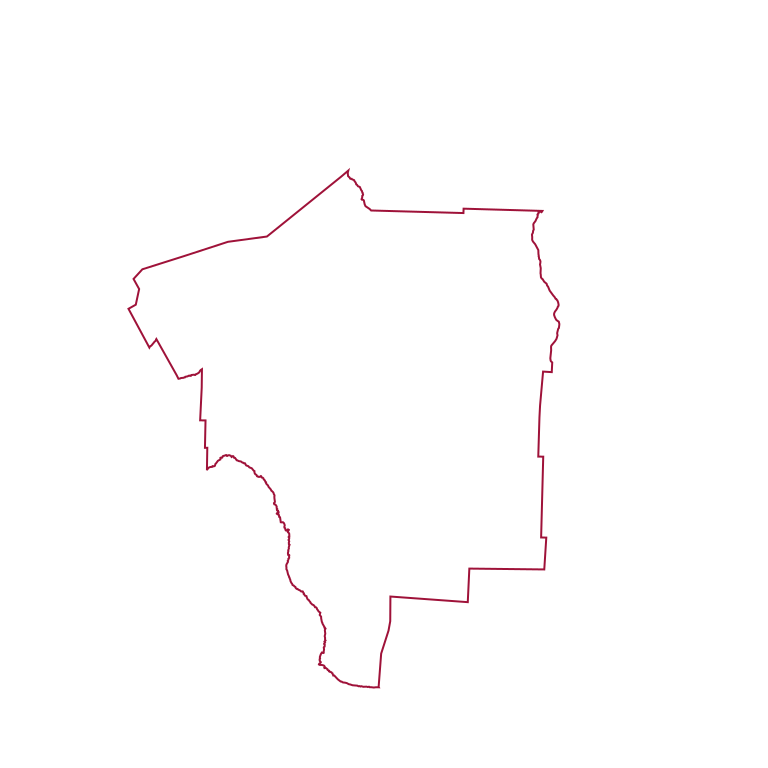 the district of Pergamino, Buenos Aires, Argentina, rotated 229°
{"feature_id": "61730980B1305894445547", "entity_name": "Pergamino", "entity_type": "district", "adm_level": 2, "iso_a3": "ARG", "parent_name": "Argentina", "parent_adm1": "Buenos Aires", "projection": "orthographic", "projection_center": [-60.595, -33.858], "detail": "fine", "context": "isolated", "style": "outline", "palette": "rose", "viewbox_px": 768, "rotation_deg": 229, "n_neighbors": 0, "source": "geoboundaries", "source_scale": "gbopen_adm2", "svg_char_len": 6166}
<svg xmlns="http://www.w3.org/2000/svg" viewBox="0 0 768 768"><g transform="rotate(229 384 384)"><path d="M435.1,193.8L435.6,194.8L435.6,195.6L435.9,196.3L435.8,197.0L435.3,198.5L434.3,199.7L434.2,200.0L434.5,200.3L434.4,200.9L433.5,201.5L433.2,202.7L434.3,204.4L434.3,205.2L435.0,208.3L434.4,211.0L435.6,212.1L435.4,212.7L435.0,212.8L434.7,213.3L434.6,213.7L435.2,214.8L435.2,215.4L434.4,216.9L434.3,217.5L433.9,218.3L433.7,218.4L432.9,218.2L432.6,218.4L432.4,219.6L431.8,220.5L430.3,221.3L428.9,221.1L428.7,222.7L428.2,222.9L426.5,222.5L425.9,223.1L423.1,222.8L422.9,223.1L421.1,223.8L419.4,225.2L417.5,225.6L416.8,226.2L416.0,226.3L415.6,226.9L415.2,227.1L414.1,226.7L412.9,226.6L411.0,227.7L409.4,227.7L407.2,228.9L404.0,228.8L403.3,229.1L401.9,228.0L401.5,227.9L400.4,227.7L399.1,228.1L397.8,227.7L397.4,228.0L397.1,227.9L396.6,228.3L396.2,228.4L395.4,229.3L395.4,230.1L395.3,230.7L395.0,230.8L393.6,230.4L392.8,231.0L392.0,231.1L390.8,230.6L390.3,230.8L389.5,230.8L388.1,230.4L387.3,230.5L387.2,230.1L385.5,229.7L383.6,229.9L382.1,229.4L378.9,229.4L377.2,229.0L376.7,229.2L375.0,229.3L374.1,229.1L373.2,228.6L372.3,228.5L371.4,228.0L371.2,227.6L369.9,226.5L366.7,224.4L366.4,223.9L366.3,222.8L365.9,222.5L365.1,222.3L364.3,222.9L363.2,222.9L361.9,222.6L360.9,221.6L359.9,221.5L359.7,220.9L358.9,220.4L358.4,220.4L357.9,220.9L357.3,220.4L356.6,220.5L356.1,220.1L356.0,219.8L356.6,218.8L356.7,218.4L356.5,218.0L355.4,218.2L355.0,218.8L354.3,218.8L353.1,218.2L352.6,217.7L351.6,218.1L347.4,215.4L346.5,216.2L346.2,216.8L345.8,217.1L344.5,217.2L343.1,216.7L342.2,216.1L341.8,215.3L340.9,214.6L340.0,214.8L338.9,214.1L338.0,213.8L337.6,214.0L337.3,214.6L337.4,215.9L337.2,216.2L336.4,216.5L336.1,216.1L335.8,214.5L335.3,214.3L333.5,214.4L332.6,213.8L331.0,212.5L330.9,212.1L331.2,211.8L331.1,211.6L330.6,211.5L330.5,211.9L329.6,211.1L328.9,210.1L328.9,209.6L327.5,209.3L326.5,207.8L325.5,207.4L325.2,206.9L324.7,206.8L324.5,207.0L324.3,206.7L323.3,205.0L322.4,204.5L321.5,202.9L321.0,202.3L320.7,202.3L319.4,200.5L318.5,200.0L318.1,199.6L317.4,200.2L316.9,200.2L316.6,199.6L315.0,198.4L314.9,198.0L314.9,197.3L314.5,197.1L314.1,196.5L313.7,195.3L312.8,194.9L311.8,192.0L310.8,190.8L309.9,190.3L308.2,188.8L306.9,188.6L303.3,186.7L300.9,186.0L300.6,185.7L300.0,185.7L298.8,185.1L298.1,185.0L296.5,184.1L294.6,183.6L293.5,183.6L292.3,183.1L291.2,183.6L289.7,183.7L289.0,184.0L288.2,183.6L287.0,183.6L286.3,183.9L286.1,184.3L285.0,184.4L283.3,185.2L281.7,185.4L281.0,186.4L280.6,186.6L280.2,186.3L278.6,186.2L278.5,185.8L278.2,185.6L277.3,185.7L276.1,185.5L274.8,186.3L273.6,185.7L271.6,185.1L270.0,185.5L269.4,185.3L267.7,185.3L267.2,185.0L264.5,185.2L263.4,185.8L261.8,185.8L260.8,185.5L260.2,186.1L259.4,186.2L258.9,186.2L257.8,185.7L256.3,185.7L255.4,185.4L253.2,185.9L251.9,184.0L249.7,183.9L248.3,182.8L245.2,181.0L244.4,180.9L243.6,180.4L240.6,179.8L239.5,179.4L239.1,179.6L238.8,179.4L238.8,179.1L238.4,179.0L238.1,179.4L237.8,179.4L237.1,177.9L234.1,175.9L232.6,173.8L231.2,173.1L229.7,171.8L228.8,171.6L228.8,170.4L228.7,170.1L227.7,170.1L227.4,169.4L227.4,168.6L227.0,168.2L226.2,168.3L224.8,166.9L224.9,166.3L224.7,165.7L223.0,164.6L221.6,162.9L220.7,162.2L220.8,161.7L221.2,161.4L221.6,161.4L222.1,161.0L221.6,159.2L220.0,156.4L218.8,155.7L218.7,155.1L218.4,154.7L217.8,154.5L217.5,154.0L217.0,153.8L215.8,153.9L215.5,153.8L215.3,153.0L215.4,151.6L215.0,150.9L214.0,151.3L212.8,152.7L211.2,153.8L210.5,154.0L209.5,153.8L209.2,152.9L208.6,152.7L207.8,153.8L205.8,154.2L205.4,153.9L205.0,153.9L203.6,154.5L203.2,154.0L202.5,154.2L200.9,155.2L199.7,155.1L199.3,155.3L198.6,154.9L197.3,154.5L197.2,154.9L196.7,155.2L191.4,155.4L187.9,156.1L187.2,156.8L186.1,157.0L184.8,158.0L184.5,158.4L182.7,159.7L180.5,160.5L179.4,161.4L177.3,162.6L173.8,166.0L172.7,166.4L171.9,167.5L171.2,167.7L170.7,168.7L169.1,169.7L167.0,172.3L165.9,173.0L165.4,174.1L164.5,174.3L163.8,175.2L161.6,177.2L160.4,179.0L158.5,181.1L158.9,181.2L182.4,205.0L194.9,225.6L200.9,233.1L219.4,249.4L164.4,304.1L188.7,327.3L138.9,383.3L161.6,405.7L165.1,401.9L224.7,456.5L228.0,452.8L256.7,479.3L265.2,487.5L289.0,512.2L282.9,518.4L289.9,525.1L291.4,524.9L292.3,525.1L294.3,526.4L299.7,532.2L302.5,534.5L303.2,535.5L304.1,541.2L304.9,543.8L306.9,546.9L308.6,547.9L309.2,548.6L311.1,551.3L311.5,552.1L311.5,552.7L313.7,555.2L314.4,555.8L316.4,556.8L318.1,556.3L319.6,556.1L322.4,556.8L324.6,557.7L325.7,558.8L326.5,560.5L327.0,563.0L327.9,565.4L328.4,566.0L328.5,567.0L329.3,567.8L331.4,569.0L333.4,569.7L334.2,569.6L335.2,569.8L335.7,569.4L337.6,569.8L339.8,569.8L345.8,570.3L349.9,571.7L351.3,571.7L353.0,572.5L356.1,572.0L359.1,572.5L360.1,572.2L361.6,572.5L363.9,574.2L364.8,574.7L368.6,578.3L371.9,580.2L372.8,581.4L374.0,582.6L375.4,583.1L376.6,583.1L378.5,584.4L379.0,584.5L379.6,585.2L380.6,585.7L383.8,588.3L390.3,589.8L393.9,589.9L395.6,590.4L397.7,592.3L399.6,593.6L400.1,594.6L400.4,595.5L401.8,597.1L402.3,598.3L406.4,601.3L407.0,602.3L407.6,605.2L408.8,607.8L409.2,609.4L410.0,610.0L410.5,610.8L411.2,611.0L411.4,611.6L411.3,612.5L412.1,613.1L411.9,614.2L412.0,614.8L411.7,615.2L410.4,615.5L410.4,616.3L410.7,617.1L464.1,559.1L460.9,556.1L523.4,488.1L525.5,488.0L530.3,486.7L532.3,487.3L535.7,489.2L536.4,489.2L537.1,488.8L537.5,488.3L538.2,488.3L539.0,489.8L540.3,491.1L540.2,491.7L540.9,492.7L541.9,492.9L542.4,493.4L543.1,493.4L544.2,494.0L544.9,493.9L548.6,495.0L550.3,494.1L552.1,494.3L552.9,494.0L553.6,494.4L554.9,494.8L556.3,494.8L557.4,495.2L559.6,494.1L560.1,494.2L560.9,493.3L561.3,493.2L562.2,493.5L564.5,493.3L567.1,495.1L568.5,497.1L568.6,487.7L572.1,392.4L593.7,359.5L612.1,316.1L629.1,276.9L627.6,263.9L616.3,261.5L606.7,248.7L608.4,240.5L565.4,230.8L565.9,232.1L565.6,233.6L566.3,237.8L566.5,238.7L566.4,239.5L566.6,240.5L567.1,241.1L567.3,241.7L526.7,233.3L522.8,232.3L521.9,233.8L521.7,234.7L520.2,236.8L520.0,237.6L519.6,238.1L519.8,238.8L518.6,240.8L518.4,242.0L517.9,242.4L517.8,242.9L516.9,243.5L517.2,244.2L517.1,244.6L515.6,246.8L514.8,247.2L514.6,247.6L514.8,248.3L514.2,250.1L514.0,252.1L514.6,253.7L514.8,254.8L514.6,256.3L500.8,244.0L477.2,221.4L473.6,225.4L453.3,207.0L451.8,208.8L435.1,193.8Z" fill="none" stroke="#9f1239" stroke-width="2"/></g></svg>